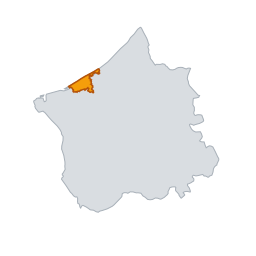 Grands Ponts, Lagunes, Ivory Coast (highlighted), rotated 155°
{"feature_id": "98640826B83353125268201", "entity_name": "Grands Ponts", "entity_type": "district", "adm_level": 2, "iso_a3": "CIV", "parent_name": "Ivory Coast", "parent_adm1": "Lagunes", "projection": "albers", "projection_center": [-4.906, 5.455], "detail": "fine", "context": "in_parent", "style": "filled", "palette": "amber", "viewbox_px": 256, "rotation_deg": 155, "n_neighbors": 0, "source": "geoboundaries", "source_scale": "gbopen_adm2", "svg_char_len": 7129}
<svg xmlns="http://www.w3.org/2000/svg" viewBox="0 0 256 256"><g transform="rotate(155 128 128)"><path d="M63.1,56.9L63.9,56.9L65.9,56.3L67.8,54.9L69.6,52.1L71.9,49.8L74.6,50.0L75.3,49.5L76.3,49.5L77.4,51.0L78.5,52.1L79.3,52.2L79.9,54.3L84.7,55.3L86.8,55.9L88.5,57.5L89.1,57.5L89.8,57.2L90.4,56.6L90.5,56.0L89.8,54.6L90.1,53.3L90.9,52.2L92.1,52.1L94.0,51.8L96.2,51.8L97.8,52.0L98.4,50.8L97.8,47.6L98.0,45.8L98.2,44.3L98.8,43.7L101.2,45.6L103.4,46.3L105.0,46.3L105.4,46.0L104.8,43.9L104.9,43.3L105.5,43.0L106.6,42.7L109.3,41.9L109.6,42.1L110.2,45.3L109.9,46.4L110.5,48.6L111.2,50.6L111.2,51.5L110.6,52.7L109.8,53.9L109.9,54.4L111.0,55.2L113.2,56.0L115.4,56.2L116.6,55.0L117.9,54.0L118.8,53.2L119.1,51.9L120.5,51.0L124.5,49.8L128.2,49.6L129.0,50.0L130.7,51.8L132.8,53.0L136.0,52.9L138.3,53.6L140.4,55.0L141.7,58.0L143.2,60.2L143.8,63.4L146.2,65.0L148.0,65.8L150.5,68.0L153.0,69.2L155.7,68.9L156.9,70.1L158.9,71.0L160.9,71.0L162.6,68.4L164.9,67.4L170.7,65.2L173.0,64.3L175.4,63.7L181.0,63.5L186.2,64.1L188.8,64.6L190.5,64.2L192.2,65.5L194.0,68.1L195.4,68.9L196.8,69.8L197.9,71.9L199.2,74.0L199.9,74.9L201.5,76.9L202.8,76.9L204.1,76.0L204.7,75.4L205.0,76.7L204.4,78.9L204.6,80.2L205.3,80.7L204.9,82.5L203.4,85.4L203.4,87.2L204.9,87.7L206.0,89.5L206.7,92.7L207.3,93.8L207.4,94.4L208.5,102.1L209.9,109.7L209.0,110.7L207.9,111.0L207.1,111.4L206.9,112.1L207.4,113.2L207.0,114.1L205.6,114.8L202.3,117.2L202.1,118.2L201.3,120.3L200.5,121.6L199.5,123.9L197.8,130.2L197.2,135.3L197.1,136.9L196.5,138.0L195.7,139.6L192.2,144.1L190.4,147.7L190.7,149.3L190.8,150.9L190.2,152.0L190.3,155.1L190.8,157.6L191.4,160.1L194.0,167.2L195.3,171.5L196.2,175.0L196.9,177.4L197.6,178.3L197.9,179.2L201.7,179.8L202.4,180.3L203.5,184.9L203.3,186.9L202.6,187.7L202.6,189.4L202.4,191.6L201.9,192.4L199.8,192.6L198.3,193.4L196.4,193.1L196.2,192.5L195.2,192.3L192.4,191.1L192.8,187.2L191.5,187.0L190.5,187.5L188.5,192.3L187.6,193.1L173.4,190.7L170.4,188.7L166.7,188.3L160.3,188.5L155.1,189.1L153.5,190.3L166.9,189.6L168.3,189.7L169.0,190.4L152.1,192.0L145.7,192.9L143.8,192.7L142.4,191.2L135.4,191.0L134.0,191.5L133.1,192.6L135.8,192.4L140.2,192.3L141.3,193.1L127.8,194.3L118.4,196.4L114.4,197.9L101.2,203.1L93.2,205.5L91.1,206.4L87.5,208.9L82.8,210.5L77.5,213.4L74.3,214.1L73.6,213.1L73.5,208.1L73.1,201.4L73.3,198.8L73.7,196.4L73.7,194.3L75.3,193.6L75.8,192.8L76.0,190.1L77.5,187.8L77.6,183.6L78.0,182.7L78.4,181.6L77.7,178.9L76.9,173.8L76.5,173.4L76.2,173.7L75.3,173.7L72.0,172.0L69.5,171.6L67.7,170.1L67.6,168.4L66.7,167.4L66.2,165.4L65.3,163.1L62.8,161.7L60.4,161.3L58.8,161.6L56.8,161.5L54.6,160.7L53.0,159.8L51.6,158.2L50.2,156.8L49.1,157.0L47.8,156.7L46.5,156.0L46.1,155.6L51.6,150.3L53.4,147.7L53.6,146.1L53.7,144.5L54.3,142.8L54.4,140.3L51.5,131.1L50.7,128.3L49.9,127.5L49.4,127.2L50.9,126.0L53.0,126.3L56.2,127.2L56.9,126.3L59.4,121.7L59.3,120.0L59.1,118.9L60.5,115.7L61.7,114.5L62.3,113.2L62.1,111.4L61.2,110.7L60.1,110.8L58.8,110.4L56.7,109.3L55.7,108.4L56.0,104.2L56.2,102.9L57.0,102.2L58.1,102.0L61.3,101.9L63.9,102.4L66.1,102.7L67.3,102.7L68.3,103.9L69.6,105.2L70.7,105.2L71.1,104.2L70.9,100.1L70.1,97.9L68.4,95.8L64.0,94.0L63.9,91.5L64.3,88.8L65.3,87.8L68.6,86.1L68.0,85.2L67.0,84.2L64.9,83.2L65.4,79.9L65.5,77.0L63.7,77.4L61.9,77.5L60.4,76.6L59.1,74.9L58.9,70.0L58.9,64.4L58.7,62.0L59.2,60.7L60.7,59.4L62.5,57.9L63.1,56.9ZM194.6,193.1L193.9,194.2L190.3,193.5L191.1,192.6L194.6,193.1Z" fill="#d9dde1" stroke="#a8b0b8" stroke-width="1"/><path d="M144.7,174.7L144.4,174.7L144.2,174.8L144.2,175.0L144.1,175.6L143.9,175.8L143.7,176.1L143.8,176.3L143.7,176.6L143.7,176.8L143.9,177.2L144.1,177.5L144.3,177.9L144.4,178.0L144.5,178.2L144.6,178.3L144.5,178.5L144.4,178.5L144.4,178.8L144.2,178.9L144.1,179.1L144.0,179.3L143.8,179.3L143.7,179.3L143.4,179.4L143.3,179.5L143.2,179.5L142.9,179.7L143.0,179.8L142.8,180.1L142.6,180.5L142.4,180.7L142.2,180.8L142.2,181.0L142.2,181.3L142.3,181.4L142.3,181.5L142.5,181.6L142.5,181.8L142.7,182.1L142.6,182.3L142.7,182.6L142.8,182.9L142.7,183.1L142.8,183.2L142.7,183.2L142.6,183.4L142.6,183.5L142.4,183.6L142.5,183.7L142.5,183.8L142.4,183.9L142.4,184.0L142.3,184.3L142.2,184.6L142.1,184.8L142.0,185.0L141.9,185.2L141.8,185.3L141.8,185.5L141.7,185.6L141.8,185.7L141.8,185.9L141.6,185.9L141.5,186.1L141.6,186.4L141.6,186.5L141.4,186.7L141.5,186.7L141.5,186.8L141.3,186.9L141.4,187.0L141.4,187.3L141.5,187.3L141.4,187.4L141.4,187.5L141.5,187.6L141.4,187.7L141.4,187.8L141.2,187.9L141.2,188.0L141.3,188.2L141.3,188.3L142.1,189.2L142.2,189.3L142.1,189.6L141.9,189.7L141.7,189.8L141.7,190.0L141.5,190.3L141.3,190.3L141.2,190.3L141.2,191.5L140.1,192.0L139.4,191.5L139.4,191.1L139.6,190.9L139.6,190.6L139.6,190.4L138.6,190.4L137.9,190.4L138.0,190.7L137.9,190.8L137.8,191.1L136.7,191.9L135.4,191.9L134.7,192.4L133.0,190.8L132.8,190.8L132.8,190.7L132.6,190.7L132.3,190.7L132.1,190.7L132.1,190.4L132.2,190.2L132.3,189.9L132.3,189.7L132.1,189.6L131.8,189.5L131.6,189.3L131.3,189.4L131.3,189.6L131.1,189.6L130.9,189.6L130.6,189.6L130.5,189.8L130.7,190.3L130.7,190.5L130.7,190.8L130.6,191.1L130.6,191.4L130.4,191.5L130.2,191.7L130.0,191.8L129.9,191.7L129.7,191.8L129.6,192.0L129.5,192.5L129.5,192.8L129.5,193.0L129.4,193.1L129.4,193.3L129.3,193.5L129.5,193.7L129.6,193.8L129.9,194.1L131.2,194.0L131.6,194.0L131.8,193.9L132.7,193.8L133.1,193.7L133.6,193.7L134.2,193.6L135.3,193.5L135.8,193.5L136.5,193.4L137.8,193.4L138.2,193.3L139.6,193.2L139.8,193.3L140.7,193.2L140.8,193.2L141.3,193.2L142.8,193.1L143.0,193.1L143.3,193.0L143.9,193.0L144.0,193.1L145.3,193.0L145.5,192.9L146.2,192.8L146.5,192.9L146.8,192.8L147.1,192.8L147.6,192.7L148.6,192.6L149.4,192.6L150.5,192.4L150.8,192.3L151.2,192.3L151.8,192.2L152.2,192.2L152.4,192.1L152.5,192.1L154.2,191.8L155.5,191.7L157.2,191.5L157.9,191.5L158.0,191.4L159.0,191.3L159.3,191.3L160.4,191.1L160.9,191.1L161.3,191.0L161.8,191.0L162.7,190.9L164.2,190.8L163.9,189.1L162.6,189.2L162.0,188.3L161.7,186.0L161.4,185.9L161.4,185.6L161.5,185.6L161.5,185.4L161.9,185.3L162.0,185.2L162.2,184.9L162.2,185.0L162.2,184.9L162.3,184.6L162.2,184.5L162.1,184.4L161.9,184.4L161.9,184.0L161.9,183.9L161.8,183.7L161.1,183.2L160.9,183.1L160.6,183.0L160.4,183.0L160.3,182.8L160.1,182.8L159.9,182.6L159.6,182.5L159.5,182.4L159.4,182.5L159.3,182.4L159.3,182.5L159.1,182.4L159.0,182.5L158.9,182.5L158.7,182.5L158.7,182.4L158.4,182.4L158.3,182.5L158.2,182.5L158.2,182.4L157.9,182.4L157.7,182.3L157.5,182.2L157.3,182.2L157.2,182.1L156.9,182.1L156.7,182.1L156.4,182.0L156.4,181.9L156.2,182.0L156.0,181.9L155.8,182.0L155.6,182.0L155.3,182.2L155.1,182.3L154.6,182.1L154.4,182.1L154.2,182.0L153.9,182.1L150.7,181.6L151.0,180.5L150.9,180.5L150.7,180.5L150.4,180.5L150.0,180.6L149.8,180.7L149.6,180.9L149.3,181.0L149.2,181.0L147.4,181.5L147.4,181.2L147.3,180.9L147.2,180.7L147.0,180.3L146.9,180.3L146.9,180.2L147.1,180.1L147.5,180.0L147.7,179.6L147.8,179.5L148.1,179.2L148.3,179.2L148.5,179.1L148.7,178.7L148.5,178.3L148.3,178.0L148.2,177.9L147.9,177.7L147.7,177.4L147.6,177.1L147.6,176.8L147.4,176.6L147.3,176.4L147.2,176.3L146.5,176.3L146.3,176.3L145.8,176.1L145.6,176.0L145.4,176.0L144.9,175.6L145.0,175.4L145.0,175.2L144.9,175.1L144.9,174.9L144.7,174.7Z" fill="#f59e0b" stroke="#b45309" stroke-width="1.5"/></g></svg>